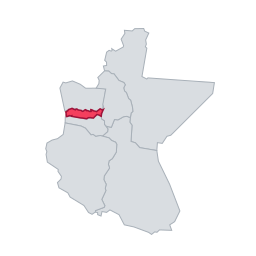 Togo shown with its bordering countries, rotated 100°
{"feature_id": "TGO", "entity_name": "Togo", "entity_type": "country or territory", "adm_level": 0, "iso_a3": "TGO", "parent_name": "Africa", "parent_adm1": "", "projection": "mercator", "projection_center": [0.728, 8.603], "detail": "fine", "context": "with_neighbors", "style": "filled", "palette": "rose", "viewbox_px": 256, "rotation_deg": 100, "n_neighbors": 6, "source": "natural_earth", "source_scale": "50m", "svg_char_len": 4658}
<svg xmlns="http://www.w3.org/2000/svg" viewBox="0 0 256 256"><g transform="rotate(100 128 128)"><path d="M32.4,148.5L31.7,140.7L29.0,138.6L27.3,129.8L29.7,128.4L30.9,124.0L38.2,125.9L42.2,124.5L45.0,125.0L46.1,123.3L74.9,123.2L76.5,118.0L75.2,117.1L68.3,50.8L79.3,50.6L127.7,84.6L129.4,88.2L137.2,91.6L137.3,96.5L145.2,95.7L145.3,113.1L141.3,118.1L140.7,122.7L124.6,124.5L121.9,127.2L112.7,127.5L110.9,126.1L107.0,127.1L100.2,130.2L98.9,132.5L93.3,135.8L92.3,137.7L89.3,139.2L85.9,138.2L83.9,140.0L82.8,145.1L77.1,151.2L77.3,153.7L75.3,156.8L75.8,161.0L71.2,163.0L70.1,159.9L66.8,160.6L65.4,162.7L57.0,162.2L54.8,160.1L55.2,157.9L54.3,157.1L52.7,157.8L54.5,153.5L49.1,146.8L47.7,146.6L41.7,150.2L35.4,147.5L32.4,148.5Z" fill="#d9dde1" stroke="#a8b0b8" stroke-width="1"/><path d="M133.9,190.8L128.0,191.7L126.2,186.7L126.6,170.0L125.1,168.5L124.8,165.0L120.1,160.3L121.1,156.4L123.5,155.6L125.0,152.4L128.5,151.7L132.5,147.4L135.1,147.3L140.5,151.6L140.2,154.0L141.9,158.3L140.4,161.3L141.2,163.2L135.5,170.0L134.2,174.6L133.9,190.8Z" fill="#d9dde1" stroke="#a8b0b8" stroke-width="1"/><path d="M221.2,67.2L222.9,79.3L225.6,81.3L225.7,83.7L228.7,86.3L227.2,89.6L224.4,105.0L224.0,114.8L214.9,121.8L211.8,131.6L214.8,134.4L214.8,139.1L219.4,139.3L218.6,142.8L216.6,143.2L216.4,145.5L215.0,145.7L210.2,137.6L208.5,137.3L202.9,141.4L193.5,138.9L191.4,139.9L187.2,139.7L183.0,142.8L179.3,143.0L170.6,139.2L167.2,141.0L163.6,140.9L160.9,138.1L153.7,135.3L146.0,136.2L144.1,137.8L143.1,142.0L141.0,145.0L140.5,151.6L135.1,147.3L132.5,147.4L130.1,149.5L130.2,144.5L122.0,142.8L121.7,139.2L117.7,134.4L116.7,131.1L117.3,127.5L121.9,127.2L124.6,124.5L140.7,122.7L141.3,118.1L145.3,113.1L145.2,95.7L155.4,92.3L176.1,77.3L200.7,62.5L212.1,65.8L216.1,70.1L221.2,67.2Z" fill="#d9dde1" stroke="#a8b0b8" stroke-width="1"/><path d="M133.9,190.8L134.2,174.6L135.5,170.0L141.2,163.2L140.4,161.3L141.9,158.3L140.2,154.0L141.0,145.0L143.1,142.0L144.1,137.8L146.0,136.2L153.7,135.3L160.9,138.1L163.6,140.9L167.2,141.0L170.6,139.2L179.3,143.0L183.0,142.8L187.2,139.7L191.4,139.9L193.5,138.9L202.9,141.4L208.5,137.3L210.2,137.6L215.0,145.7L216.4,145.5L219.2,148.4L218.1,152.2L212.0,157.9L206.1,173.0L202.3,176.0L198.9,185.6L194.0,188.0L189.9,185.1L187.2,185.2L182.9,189.4L180.9,189.5L175.6,201.5L168.2,204.1L165.4,203.8L162.7,205.4L156.9,205.2L153.1,200.7L150.7,195.5L145.6,190.7L133.9,190.8Z" fill="#d9dde1" stroke="#a8b0b8" stroke-width="1"/><path d="M114.8,156.3L114.2,158.5L117.2,162.3L117.9,173.3L119.7,176.0L118.1,182.5L118.7,186.1L122.2,193.2L100.5,202.0L94.1,199.9L94.4,197.1L91.3,190.9L93.2,182.7L96.2,176.6L93.3,160.8L93.5,156.7L114.8,156.3Z" fill="#d9dde1" stroke="#a8b0b8" stroke-width="1"/><path d="M75.8,161.0L75.3,156.8L77.3,153.7L77.1,151.2L82.8,145.1L83.9,140.0L85.9,138.2L89.3,139.2L92.3,137.7L93.3,135.8L98.9,132.5L100.2,130.2L107.0,127.1L110.9,126.1L112.7,127.5L117.3,127.5L116.7,131.1L117.7,134.4L121.7,139.2L122.0,142.8L130.2,144.5L130.1,149.5L128.5,151.7L125.0,152.4L123.5,155.6L121.1,156.4L111.5,155.7L109.1,156.9L93.5,156.7L94.3,166.3L89.4,164.4L86.0,164.7L83.5,166.5L75.8,161.0Z" fill="#d9dde1" stroke="#a8b0b8" stroke-width="1"/><path d="M121.1,156.4L120.9,157.2L120.5,158.2L120.3,158.5L120.1,160.9L120.2,161.1L120.3,161.1L121.5,161.9L123.0,163.0L124.2,163.7L124.2,164.0L124.3,165.5L124.3,166.8L124.5,167.6L124.6,168.3L124.8,168.9L125.8,170.0L126.1,170.6L126.1,172.6L126.1,174.2L126.3,176.3L126.3,178.0L126.3,180.2L126.3,182.8L126.3,185.5L125.6,185.5L126.0,186.4L126.0,187.1L126.1,187.4L125.9,187.7L126.1,188.3L126.4,188.5L127.1,189.6L127.4,190.6L126.2,190.9L126.3,191.1L124.0,191.6L123.1,192.0L123.1,191.6L122.8,191.6L122.4,191.4L122.1,191.2L121.8,190.7L121.7,190.4L121.2,190.3L120.5,189.9L119.9,189.4L119.7,188.9L119.7,188.7L119.4,188.4L118.9,187.3L118.5,186.9L118.4,186.5L118.4,186.3L118.4,185.9L118.5,185.6L118.8,185.4L118.9,185.2L118.9,184.8L119.1,183.8L119.2,182.9L118.8,182.7L118.5,182.6L118.3,182.3L118.2,181.9L118.2,181.5L118.9,180.2L118.8,177.2L118.9,176.7L119.3,176.4L119.5,176.0L119.5,175.7L119.0,174.7L118.1,174.1L117.6,173.5L117.3,173.0L117.3,172.7L117.9,172.3L118.1,172.0L118.1,171.7L117.9,171.2L118.0,170.1L118.2,169.4L118.4,168.4L118.4,168.1L117.8,167.5L117.5,167.4L117.3,167.4L116.7,167.8L116.3,167.8L116.3,167.6L116.5,167.4L116.4,167.1L116.6,166.8L117.0,166.7L116.6,166.5L116.5,166.3L116.5,166.1L116.8,166.1L117.0,165.1L117.1,164.8L117.1,164.2L117.2,162.0L117.3,161.7L117.0,161.5L116.2,160.8L115.7,160.4L115.2,159.9L114.9,159.6L114.2,159.1L114.0,158.8L114.0,158.5L114.2,157.9L114.5,157.2L114.7,156.2L114.1,155.5L115.7,155.9L118.1,156.5L118.5,156.7L119.2,156.5L121.1,156.4Z" fill="#f43f5e" stroke="#9f1239" stroke-width="1.5"/></g></svg>